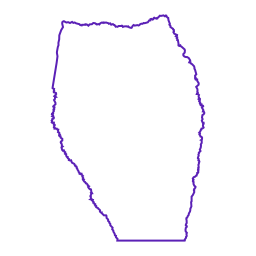 outline of General Alvear, Mendoza, Argentina
{"feature_id": "61730980B19531104090182", "entity_name": "General Alvear", "entity_type": "district", "adm_level": 2, "iso_a3": "ARG", "parent_name": "Argentina", "parent_adm1": "Mendoza", "projection": "albers", "projection_center": [-66.959, -35.244], "detail": "fine", "context": "isolated", "style": "outline", "palette": "violet", "viewbox_px": 256, "rotation_deg": 0, "n_neighbors": 0, "source": "geoboundaries", "source_scale": "gbopen_adm2", "svg_char_len": 5714}
<svg xmlns="http://www.w3.org/2000/svg" viewBox="0 0 256 256"><path d="M183.3,54.1L184.7,52.6L184.9,50.3L184.6,49.4L181.1,46.3L180.1,46.1L180.1,45.4L179.0,45.8L178.5,45.5L178.4,44.9L178.6,44.2L177.9,40.1L177.2,40.0L177.3,38.8L176.7,38.2L177.2,37.3L175.9,36.3L177.0,35.5L177.1,35.0L174.3,33.7L173.4,32.1L174.0,31.4L173.8,29.8L173.1,29.5L173.0,28.8L170.4,27.0L170.5,26.0L169.4,24.7L169.9,23.9L168.5,20.3L168.2,17.9L167.8,17.8L166.7,16.7L166.3,15.6L165.7,15.5L164.9,16.3L163.5,15.4L161.0,15.9L159.8,15.7L158.3,17.4L157.4,17.8L157.3,18.5L156.7,18.7L156.0,18.2L155.2,18.4L154.2,17.7L153.6,18.2L153.2,19.3L152.4,19.6L151.5,18.9L150.5,19.1L150.3,20.4L149.2,20.4L147.8,22.3L144.6,23.2L143.7,23.0L142.5,23.8L141.3,23.7L140.0,24.3L139.5,25.0L138.6,25.5L137.4,25.1L134.7,25.6L133.7,25.0L132.8,25.7L131.6,27.8L131.1,27.9L129.1,27.3L128.1,26.3L127.3,26.7L126.5,26.3L124.2,26.4L122.9,26.9L122.3,25.8L121.9,25.7L121.7,26.0L118.7,26.0L117.5,26.8L116.4,26.5L115.7,26.7L114.5,25.0L114.0,25.0L112.9,24.1L111.2,24.7L110.3,23.4L108.9,23.8L108.6,23.3L106.0,22.5L104.5,22.8L103.9,22.4L103.1,23.0L102.2,22.5L101.6,22.6L100.3,23.3L99.4,24.4L98.9,24.0L97.7,24.4L96.7,24.0L96.4,24.3L95.0,23.2L93.3,23.0L91.9,24.2L89.6,24.4L88.4,25.7L86.7,24.4L85.7,24.8L85.2,24.3L84.4,24.8L82.1,24.8L81.8,25.4L81.2,25.3L80.1,25.0L79.5,24.2L76.0,23.3L74.7,22.5L73.3,22.9L72.1,21.9L70.0,23.0L68.2,22.2L66.3,22.5L63.9,21.2L63.2,21.4L62.3,22.2L62.2,23.7L63.0,27.1L61.2,30.1L59.3,35.3L59.2,39.3L58.4,42.9L58.5,45.1L57.8,47.1L57.0,51.5L56.9,52.9L57.5,56.3L56.6,63.0L52.6,87.6L52.6,88.2L54.1,88.9L53.8,90.0L54.2,90.7L53.7,91.7L53.8,92.3L55.9,92.9L56.2,94.0L55.6,94.8L55.6,95.9L54.7,95.7L54.3,96.2L55.8,97.1L55.0,97.4L54.9,99.0L54.0,100.0L55.4,102.7L55.5,104.2L53.2,106.4L53.3,106.8L54.5,107.3L54.2,108.5L53.8,108.9L54.1,109.5L53.4,110.0L53.9,111.0L52.9,112.6L53.2,113.3L53.0,113.6L52.0,113.8L51.9,114.3L52.8,114.7L53.1,115.4L52.2,116.3L53.7,117.1L53.9,117.9L53.5,118.6L52.2,119.1L52.2,120.1L51.7,120.6L52.2,121.3L51.7,122.3L52.3,122.9L53.9,122.7L53.8,124.6L54.7,124.8L54.8,125.1L54.2,125.8L54.2,126.6L53.8,127.2L54.0,127.7L54.8,127.7L55.3,128.4L55.1,128.7L56.8,128.7L57.1,129.3L58.2,129.6L57.9,130.3L58.3,131.2L58.0,132.1L59.3,132.9L59.3,133.7L59.8,134.5L59.2,134.6L59.1,135.6L59.7,136.3L60.6,136.5L60.7,137.7L62.3,138.8L62.3,140.5L60.9,141.6L60.7,142.2L61.0,143.1L61.4,143.2L61.9,144.9L61.8,146.1L62.6,146.5L61.5,147.5L62.2,150.0L63.0,150.8L63.8,150.3L64.5,151.7L65.1,152.1L64.8,152.8L65.5,153.3L65.2,153.9L66.2,154.3L66.2,155.6L66.5,156.4L66.9,156.9L67.7,157.0L67.8,158.2L69.1,159.2L68.9,160.1L70.1,160.5L71.1,160.3L71.9,162.6L74.3,163.9L74.9,165.5L75.5,165.5L75.7,166.4L76.5,166.6L76.8,167.3L76.7,168.1L77.3,168.7L77.4,169.5L78.4,170.9L78.6,171.9L79.4,172.6L79.4,173.7L80.2,174.1L80.8,173.6L81.5,173.7L81.4,174.3L82.8,175.8L82.3,176.1L82.3,176.6L83.2,177.9L83.0,178.6L83.5,179.1L82.8,179.3L82.9,179.6L83.6,180.2L83.5,180.5L84.5,181.8L85.1,182.0L85.8,183.3L86.4,183.3L87.7,184.7L87.7,185.5L89.0,186.3L88.2,187.1L88.9,188.3L89.9,189.2L90.7,189.2L91.0,189.5L91.3,191.8L92.0,193.1L91.0,193.1L91.3,194.1L90.4,196.0L90.8,196.3L90.6,196.7L91.2,198.7L90.6,199.2L91.7,199.3L91.7,200.0L92.8,200.0L92.5,200.9L93.6,202.0L93.3,202.7L93.9,202.9L94.4,203.9L95.1,204.1L94.9,204.9L95.5,205.3L95.4,205.7L96.2,206.0L96.2,207.2L98.1,208.2L98.3,208.7L99.7,209.8L100.1,210.5L99.9,211.3L100.2,211.9L101.1,212.6L101.7,212.5L101.7,213.1L103.9,215.3L106.1,215.3L106.4,215.7L106.6,218.0L108.1,219.5L108.1,220.9L109.3,221.9L109.3,222.8L110.3,223.9L110.3,225.3L112.6,227.7L112.2,229.3L113.3,230.5L113.4,231.7L114.6,233.6L114.9,235.2L116.0,235.8L115.8,236.7L116.0,237.3L117.5,238.8L117.3,240.6L184.5,240.6L184.8,240.5L184.7,239.7L186.0,237.8L186.0,236.9L186.6,236.3L186.7,235.4L186.4,233.9L186.9,232.9L185.7,231.4L185.5,229.9L185.8,227.9L186.8,226.8L186.8,226.2L185.8,225.4L185.9,224.4L186.7,223.0L186.6,220.3L186.3,219.1L186.4,218.1L187.2,217.6L187.7,216.2L188.6,215.1L188.9,213.4L190.0,211.5L190.3,210.1L190.3,208.9L191.4,206.4L191.1,202.1L191.6,201.3L191.6,196.6L192.8,195.1L193.7,193.3L194.3,192.0L193.9,190.5L194.3,190.0L194.0,189.3L195.4,187.6L195.5,186.7L194.3,185.7L193.5,183.9L193.6,182.5L193.2,181.9L193.4,181.4L192.9,181.2L193.0,179.7L193.4,179.5L192.8,178.5L193.7,177.2L195.1,176.7L195.7,176.0L196.6,175.6L196.8,174.4L197.3,173.8L197.2,173.0L198.0,172.8L198.3,172.3L198.1,171.2L198.4,170.8L198.0,170.1L198.4,169.5L198.1,169.2L198.5,168.3L198.2,167.9L198.7,167.3L198.4,164.8L198.9,163.7L198.9,162.5L199.4,161.8L199.1,160.7L198.4,160.4L198.7,159.0L197.9,158.3L197.9,157.7L198.7,155.6L198.4,154.6L199.1,153.0L198.9,152.6L200.5,151.0L199.8,149.7L200.7,147.7L201.0,145.8L200.8,144.4L201.7,142.9L201.7,140.2L201.2,140.0L201.9,139.5L202.1,137.9L201.6,136.9L200.4,136.5L200.2,135.5L199.4,134.5L200.0,133.6L199.8,133.1L199.2,132.7L200.2,131.5L200.9,129.7L201.3,129.6L201.5,128.6L202.6,128.4L203.6,127.6L202.9,125.9L203.1,124.3L203.7,123.8L203.6,122.8L202.8,122.9L201.8,120.6L202.6,119.1L202.0,117.6L202.4,115.1L203.5,114.4L204.2,113.5L204.3,112.7L203.7,111.4L202.9,111.4L203.3,110.0L201.9,107.6L203.2,106.2L203.1,105.9L202.4,105.4L201.6,105.7L200.8,105.3L201.2,104.2L200.2,104.1L199.8,103.3L200.2,102.4L199.1,101.3L199.4,100.5L199.8,100.4L199.9,99.5L199.1,99.7L198.5,99.1L199.3,98.1L198.7,97.1L198.6,96.0L199.0,95.0L198.0,94.0L196.8,94.0L197.0,93.4L197.8,92.6L197.3,91.5L197.5,90.8L197.4,89.1L196.2,86.9L198.6,84.7L198.7,83.2L197.2,80.8L197.2,79.4L196.0,78.9L196.0,79.4L195.6,79.5L195.1,78.4L195.1,78.0L195.5,78.2L195.7,77.8L195.2,77.0L195.1,75.6L196.3,74.3L195.0,69.6L194.4,68.7L194.5,68.0L194.1,66.3L192.0,64.1L190.6,63.3L190.3,62.8L190.4,62.4L189.3,62.3L190.2,60.4L188.7,58.0L187.0,57.0L186.1,57.1L184.5,56.6L183.4,55.5L183.3,54.1Z" fill="none" stroke="#5b21b6" stroke-width="2"/></svg>